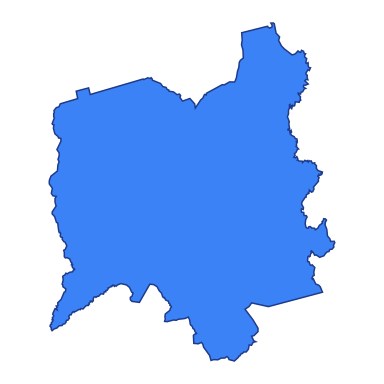 Builsa North, Upper East, Ghana (Robinson projection)
{"feature_id": "2480657B79468660523811", "entity_name": "Builsa North", "entity_type": "district", "adm_level": 2, "iso_a3": "GHA", "parent_name": "Ghana", "parent_adm1": "Upper East", "projection": "robinson", "projection_center": [-1.22, 10.711], "detail": "fine", "context": "isolated", "style": "filled", "palette": "blue", "viewbox_px": 384, "rotation_deg": 0, "n_neighbors": 0, "source": "geoboundaries", "source_scale": "gbopen_adm2", "svg_char_len": 5889}
<svg xmlns="http://www.w3.org/2000/svg" viewBox="0 0 384 384"><path d="M51.0,176.1L49.4,180.1L49.2,182.7L49.4,184.1L52.4,188.3L51.3,193.3L52.9,195.8L56.3,196.4L55.0,198.5L55.0,202.1L56.1,206.1L52.3,211.7L52.1,213.8L54.6,216.6L56.5,222.5L57.7,222.9L58.7,230.9L59.3,232.7L60.2,232.5L60.7,233.9L60.2,235.5L60.6,236.9L62.4,237.6L62.2,239.4L63.9,241.7L65.1,242.2L66.8,245.8L65.3,249.3L63.7,250.3L64.3,252.4L64.3,256.6L65.3,257.9L67.1,257.7L69.6,258.9L71.1,262.3L72.0,263.0L71.4,264.8L72.5,264.8L72.1,266.6L73.1,268.2L74.5,268.8L74.5,269.8L73.5,269.9L72.6,271.8L69.6,272.3L67.4,273.7L65.8,273.2L65.1,274.7L62.7,276.3L63.2,280.0L62.1,284.3L62.8,285.0L62.9,286.7L65.8,288.9L65.4,291.6L64.1,292.3L61.1,299.5L57.7,302.8L57.9,305.6L56.2,306.1L57.1,307.6L56.2,308.4L56.9,309.7L55.0,308.7L53.1,312.9L52.7,314.2L53.6,315.5L53.5,316.5L52.3,317.8L53.1,319.7L52.2,319.7L52.7,321.2L51.3,322.8L51.5,324.3L50.5,324.6L50.0,326.2L51.3,327.7L51.2,329.3L52.1,330.7L54.0,329.0L56.9,328.0L59.1,325.8L62.1,325.5L63.1,324.1L64.8,323.8L66.1,322.1L66.3,320.5L68.2,320.0L69.4,318.1L68.8,316.1L70.0,314.7L71.0,314.9L72.5,312.1L73.4,311.7L74.0,312.3L74.3,311.6L75.3,311.6L79.1,309.4L80.3,309.7L81.0,308.5L83.0,309.0L86.0,305.7L88.4,305.4L88.2,304.8L89.4,304.0L89.0,303.1L90.7,301.7L90.5,301.1L91.4,301.0L92.1,302.0L93.3,300.8L93.3,298.2L93.9,297.1L95.8,296.8L96.0,297.3L97.7,296.2L98.6,296.3L101.0,293.8L103.5,294.1L104.3,291.9L105.8,291.8L105.8,290.6L107.0,290.4L108.2,288.8L108.1,287.9L109.5,287.6L111.2,286.1L111.7,286.6L113.0,285.0L114.4,286.3L114.9,285.5L116.1,286.2L117.5,284.9L120.9,283.6L126.5,284.9L129.5,287.4L131.8,292.3L133.0,292.9L132.1,296.1L130.3,297.4L130.4,299.8L131.9,301.4L139.4,302.4L149.8,284.2L153.7,284.6L157.2,286.8L159.1,290.6L161.6,293.3L162.5,296.4L163.4,297.7L164.4,297.5L165.6,300.0L168.5,301.3L168.7,303.0L170.1,304.3L169.9,305.4L171.2,306.2L171.4,307.0L170.4,308.2L169.9,310.3L165.3,314.0L164.9,316.8L165.3,319.0L164.6,321.4L167.1,321.7L173.6,320.0L176.2,320.3L178.3,319.3L184.9,318.5L188.3,317.1L189.5,319.6L190.4,324.7L192.3,326.5L193.0,328.6L194.1,329.1L195.0,331.6L196.5,333.5L194.3,334.4L193.4,335.5L193.8,343.4L198.3,343.8L201.5,342.4L202.9,344.4L203.5,347.0L209.6,355.5L211.0,360.4L213.8,359.6L217.8,359.8L221.3,358.1L224.9,358.0L226.7,356.6L227.9,357.2L229.1,359.6L234.4,361.0L238.5,357.2L238.8,356.1L239.8,355.9L241.3,353.6L242.5,353.5L243.5,352.1L246.3,351.9L248.4,349.2L249.2,344.9L251.5,345.3L253.2,342.3L255.7,341.7L253.7,340.7L251.6,336.2L254.0,335.6L258.0,331.6L258.0,328.2L252.9,319.7L245.0,309.2L249.1,306.5L251.6,302.9L268.4,306.6L322.5,292.2L320.2,286.7L318.6,285.1L315.7,284.0L313.3,278.8L312.6,279.4L311.9,278.5L312.7,276.2L314.2,275.3L313.8,272.0L314.8,267.5L312.1,264.8L311.0,265.4L310.1,264.9L309.1,261.8L307.6,261.5L307.8,257.0L308.4,256.2L309.3,256.8L310.1,256.3L310.6,253.8L311.8,252.5L310.9,251.4L311.4,250.8L312.9,252.1L314.7,255.3L316.2,254.9L319.7,257.3L323.9,255.8L325.7,253.2L327.5,251.7L328.9,251.6L329.8,249.5L332.1,249.2L333.9,247.0L333.5,245.1L334.8,242.7L334.2,241.3L330.6,241.4L329.8,238.7L327.5,236.0L326.8,229.3L325.1,225.0L325.3,222.5L326.5,220.1L325.5,218.9L323.7,218.7L323.1,220.8L322.0,221.7L322.4,223.1L319.4,225.3L317.7,228.3L315.3,229.8L314.6,228.2L312.0,228.1L310.1,226.5L308.6,226.9L308.4,228.1L307.2,228.2L305.9,227.1L305.2,223.6L305.7,219.6L307.1,217.0L306.3,215.6L304.1,215.6L303.7,212.4L301.6,212.2L301.2,210.6L301.5,208.9L303.2,209.5L303.5,207.7L301.6,204.0L302.1,201.8L305.4,197.1L306.1,197.1L306.3,194.8L308.9,193.3L308.4,192.5L309.4,191.8L309.4,190.2L311.5,192.2L312.8,191.6L314.0,189.0L313.5,187.1L318.5,181.2L318.3,179.4L319.1,177.8L317.8,176.2L318.9,174.5L319.4,175.5L321.5,174.6L321.0,173.2L321.4,172.4L322.2,173.1L322.4,172.0L318.1,170.6L316.4,168.5L316.4,165.6L314.7,163.9L314.7,162.8L312.4,163.3L311.2,160.9L309.8,161.2L309.0,160.6L308.2,162.0L307.3,160.6L306.4,161.2L304.9,160.3L302.5,162.6L302.2,161.2L298.8,161.0L297.9,159.8L297.4,160.0L297.8,158.8L296.8,156.6L295.4,157.8L293.8,157.2L295.1,155.4L294.5,153.6L295.9,152.6L297.5,149.2L298.5,149.0L296.1,146.3L296.6,146.0L296.4,143.9L297.2,142.4L296.3,141.8L297.3,141.2L296.9,138.9L295.5,138.8L294.2,136.7L291.4,135.2L290.5,133.6L291.6,132.1L291.1,130.5L290.0,132.7L289.6,130.3L287.9,129.9L288.2,129.0L289.6,128.7L288.8,123.9L289.3,121.8L287.4,116.7L288.5,113.9L288.5,110.2L289.4,108.2L289.5,104.7L290.0,104.4L290.3,105.4L291.1,105.6L290.7,107.7L291.7,108.7L292.6,105.3L293.8,106.1L294.7,105.6L295.3,101.8L299.2,102.3L299.6,100.9L300.8,100.1L300.2,98.6L300.5,96.8L298.2,94.0L298.2,93.1L300.6,94.0L301.0,92.3L302.7,91.7L304.3,88.8L305.6,88.4L303.4,87.0L303.7,85.2L305.5,85.2L308.2,84.0L304.8,80.8L305.8,79.6L307.9,79.8L307.1,77.5L307.3,75.3L306.0,74.1L305.9,73.2L308.0,69.7L309.3,70.5L310.5,67.8L309.0,67.5L308.2,66.3L308.1,62.7L306.4,63.5L305.8,62.9L306.7,58.6L304.6,56.9L304.6,55.5L305.6,53.8L304.2,53.4L303.6,51.3L301.5,50.3L300.7,52.3L299.9,52.4L298.0,50.9L295.3,53.9L292.1,54.9L284.3,48.9L281.5,46.0L278.6,40.4L279.6,37.0L276.1,33.1L274.3,23.8L273.5,23.0L270.9,23.1L272.1,25.2L272.1,26.8L269.9,28.1L268.1,27.3L267.7,26.3L266.5,26.5L241.7,32.7L242.2,40.3L241.5,44.7L243.0,50.2L243.3,58.0L240.4,60.3L239.3,62.3L238.8,67.4L237.5,71.3L236.4,77.8L235.0,81.4L234.4,82.0L229.6,81.9L224.2,84.9L222.2,84.7L206.4,93.3L206.3,94.9L204.5,94.5L202.7,98.3L200.8,99.8L195.3,108.1L194.7,103.9L189.9,98.5L182.5,101.1L180.0,97.5L180.6,95.6L179.5,94.1L176.9,94.6L173.5,91.9L169.0,91.2L168.8,90.0L167.1,89.4L166.1,87.4L162.8,86.6L160.6,83.5L152.4,80.2L152.1,78.8L151.1,77.7L150.1,78.5L147.8,77.8L143.8,79.6L143.1,79.0L90.2,94.5L88.6,87.9L76.2,91.2L77.7,98.6L60.3,103.8L58.9,106.9L56.3,107.6L54.0,110.5L54.3,112.6L53.7,113.5L53.7,116.7L54.4,117.8L52.1,123.7L52.6,124.5L53.9,124.6L53.4,128.3L54.9,133.8L57.9,136.4L58.6,138.0L60.9,138.4L60.9,141.3L56.9,149.6L59.1,152.8L59.2,155.5L58.0,159.4L59.1,161.8L57.9,164.9L57.4,171.0L51.0,176.1Z" fill="#3b82f6" stroke="#1e3a8a" stroke-width="1.5"/></svg>